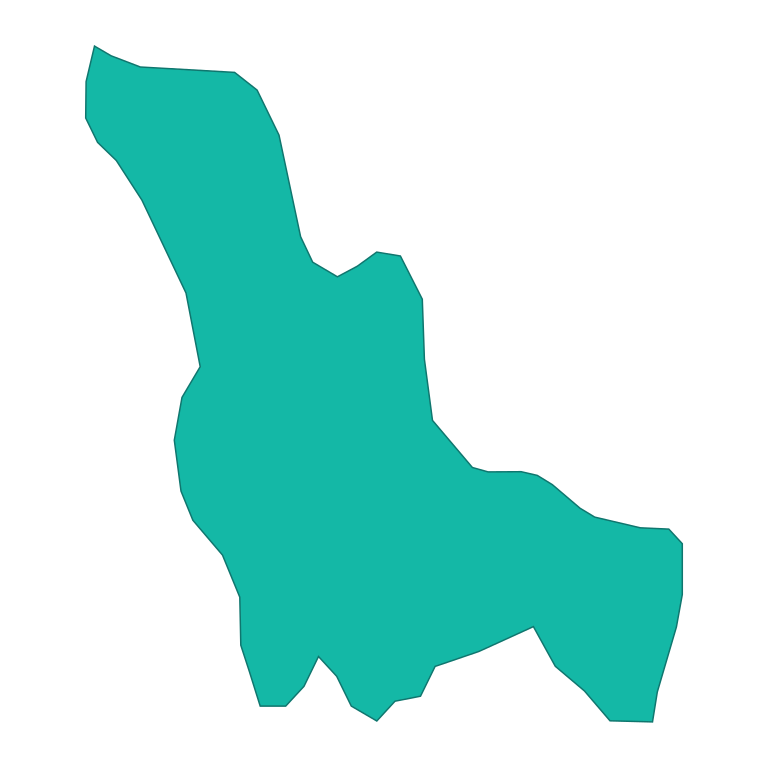 the border of Podujevo
{"feature_id": "KOS-5901", "entity_name": "Podujevo", "entity_type": "District", "adm_level": 1, "iso_a3": "XKX", "parent_name": "Kosovo", "parent_adm1": "", "projection": "albers", "projection_center": [21.187, 42.93], "detail": "fine", "context": "isolated", "style": "filled", "palette": "teal", "viewbox_px": 768, "rotation_deg": 0, "n_neighbors": 0, "source": "natural_earth", "source_scale": "10m", "svg_char_len": 852}
<svg xmlns="http://www.w3.org/2000/svg" viewBox="0 0 768 768"><path d="M94.5,46.1L111.1,55.8L140.3,67.0L234.6,72.4L257.1,90.1L279.0,135.1L300.6,236.7L312.7,262.2L337.4,276.8L357.3,266.2L376.7,252.1L400.4,256.0L422.3,299.2L424.4,359.2L432.5,420.4L472.4,467.5L488.1,471.9L521.2,471.7L537.3,475.4L552.4,484.7L580.0,508.2L594.7,517.1L640.2,527.8L668.8,529.1L682.3,543.7L682.3,553.9L682.3,594.5L676.4,627.0L657.3,692.0L652.5,721.9L610.0,720.8L584.5,691.0L555.3,666.3L533.4,626.6L478.8,651.5L435.1,666.4L420.5,696.2L395.0,701.2L376.8,721.0L351.3,706.1L336.7,676.3L318.5,656.5L304.0,686.3L285.7,706.1L260.2,706.1L249.3,671.3L240.8,645.2L239.8,597.2L222.5,555.1L192.9,520.3L181.0,491.1L174.3,440.2L182.0,397.4L200.2,366.7L186.0,293.0L141.9,200.1L116.3,160.5L97.6,142.4L85.7,118.0L86.1,81.6L94.5,46.1Z" fill="#14b8a6" stroke="#0f766e" stroke-width="1.5"/></svg>